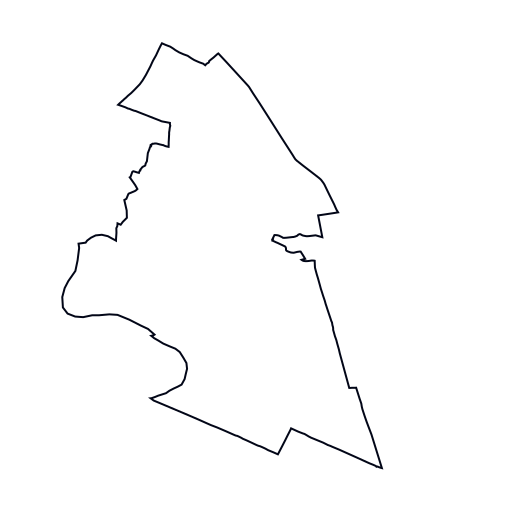 outline of Malu Mare, Dolj, Romania, rotated 15°
{"feature_id": "2599482B22057197268222", "entity_name": "Malu Mare", "entity_type": "district", "adm_level": 2, "iso_a3": "ROU", "parent_name": "Romania", "parent_adm1": "Dolj", "projection": "natural_earth1", "projection_center": [23.851, 44.259], "detail": "fine", "context": "isolated", "style": "outline", "palette": "ink", "viewbox_px": 512, "rotation_deg": 15, "n_neighbors": 0, "source": "geoboundaries", "source_scale": "gbopen_adm2", "svg_char_len": 5293}
<svg xmlns="http://www.w3.org/2000/svg" viewBox="0 0 512 512"><g transform="rotate(15 256 256)"><path d="M432.5,428.3L413.7,398.5L408.7,391.6L405.7,387.4L402.3,382.4L398.4,376.4L397.2,374.2L395.9,371.3L393.0,367.0L386.8,357.3L386.0,357.6L383.0,358.4L381.6,358.9L380.2,359.3L362.1,328.3L360.2,324.7L358.7,322.2L357.2,319.7L355.4,316.5L353.9,314.3L353.1,313.2L352.1,311.5L350.5,308.8L349.6,307.3L349.5,306.8L349.2,305.8L348.8,304.8L347.7,303.0L346.6,300.5L346.5,300.4L345.7,299.5L344.2,297.2L338.7,288.9L336.9,286.1L335.7,284.3L334.0,281.4L331.0,276.9L329.1,273.9L327.2,271.0L325.0,267.2L321.7,261.6L319.5,258.1L317.4,254.5L316.0,252.0L315.3,249.9L313.9,245.4L313.5,245.4L312.4,245.6L310.8,246.0L308.4,247.1L306.2,247.9L304.9,248.2L303.6,248.4L303.2,248.4L302.7,248.4L302.2,248.3L301.5,248.1L301.0,247.9L304.2,246.0L301.6,243.5L298.0,240.2L297.3,240.3L294.9,241.3L291.6,243.1L290.1,243.4L288.5,243.6L287.6,243.5L286.1,243.4L284.8,243.2L284.2,243.0L283.8,242.8L283.5,242.5L283.3,242.0L283.1,241.2L282.7,240.3L282.2,239.7L281.7,239.3L278.6,238.7L275.2,238.1L273.7,237.8L272.9,237.7L271.4,237.5L269.9,237.2L268.7,237.0L267.8,236.9L268.0,235.6L267.5,235.6L268.4,231.0L270.1,230.6L271.5,230.4L272.9,230.4L274.5,230.7L276.4,231.1L277.2,231.4L278.2,231.3L280.6,230.5L286.2,228.3L287.4,227.9L289.1,226.9L290.6,225.7L291.3,224.5L292.0,223.9L292.7,223.5L293.6,223.5L294.1,223.7L294.8,223.9L295.5,224.0L296.2,224.1L299.0,223.9L299.7,223.8L301.7,223.2L307.7,220.8L308.3,220.6L309.5,220.6L314.2,220.7L315.2,220.7L305.5,200.7L309.5,199.0L320.7,194.1L324.0,192.6L323.6,192.2L321.9,190.6L319.9,188.2L318.1,185.9L311.2,178.1L307.9,174.3L303.6,169.3L302.1,167.9L299.3,165.7L298.3,165.1L296.2,164.1L287.4,160.4L278.0,156.5L270.8,153.4L269.0,152.4L267.4,151.0L265.1,148.8L250.3,135.4L235.1,121.4L219.8,107.4L211.0,99.6L205.5,94.5L204.1,93.5L193.6,86.8L177.3,76.4L167.2,70.1L166.6,70.7L163.6,75.3L161.5,78.1L160.3,79.9L160.4,80.8L160.1,81.6L159.4,82.2L158.5,83.1L157.6,84.9L155.2,83.9L151.4,83.6L149.3,83.3L145.6,82.7L142.5,81.8L138.2,80.3L133.6,79.9L129.1,79.2L124.8,78.0L122.2,77.0L119.0,76.0L114.1,75.5L110.1,74.9L109.5,77.3L108.7,81.2L107.5,88.1L106.0,93.8L105.6,95.9L104.9,100.2L102.8,109.6L101.0,115.8L99.3,120.2L95.2,127.6L93.2,131.0L92.0,132.7L90.8,134.4L89.4,136.8L88.4,138.2L88.0,138.8L87.4,139.8L87.0,140.5L86.5,141.1L86.0,142.0L85.1,143.3L84.4,144.4L83.7,145.6L83.9,145.6L88.0,145.9L91.5,146.2L94.2,146.7L95.6,146.6L98.5,147.0L100.8,147.2L102.1,147.1L108.0,147.8L121.4,149.3L127.8,150.0L129.7,150.3L130.6,150.3L134.3,150.0L138.4,149.7L138.5,150.1L138.7,150.8L138.9,151.3L139.2,151.9L139.5,152.4L139.5,152.9L139.5,153.6L139.5,154.4L139.7,155.7L139.9,157.2L140.0,157.6L140.0,158.2L140.0,158.5L140.1,158.9L140.2,159.6L140.6,160.9L140.8,162.0L142.0,167.6L142.1,168.3L142.9,171.3L143.3,173.2L141.4,173.3L140.5,173.3L139.2,173.2L138.7,173.1L138.1,173.0L137.9,172.9L137.3,173.0L134.2,173.1L130.9,173.1L129.5,173.4L128.9,173.6L128.2,174.0L127.6,174.2L127.3,174.2L126.7,174.6L126.4,175.3L126.2,175.5L125.5,175.9L125.5,176.3L126.0,176.4L126.2,176.5L126.3,176.8L126.2,177.1L126.0,177.7L125.7,177.9L125.4,178.3L125.4,178.7L125.4,179.0L125.4,179.7L125.3,181.0L124.9,184.6L126.1,192.7L125.5,195.3L125.6,197.2L125.1,197.8L123.7,199.0L122.9,200.1L122.6,201.2L122.2,201.8L121.9,202.6L122.1,202.8L122.1,203.1L122.1,203.4L121.9,203.6L121.6,204.0L121.4,205.2L121.4,206.0L120.9,206.0L118.8,206.0L117.6,205.9L115.6,205.9L115.3,206.1L115.1,206.4L114.8,206.7L114.7,207.6L114.3,212.1L113.7,212.7L118.4,216.6L121.0,218.8L124.1,222.0L123.6,222.8L123.2,223.5L122.6,224.1L122.2,224.6L121.8,224.9L121.4,225.2L121.0,225.6L120.5,225.9L120.1,226.2L119.9,226.4L119.6,226.6L119.3,226.9L118.6,227.4L117.8,228.0L117.4,228.3L117.1,228.5L116.9,228.8L116.8,229.0L116.6,229.4L116.6,229.7L116.3,232.0L116.0,234.3L115.1,235.2L114.3,236.0L119.3,245.5L121.4,252.5L118.5,257.5L117.2,260.8L113.8,260.3L114.3,263.0L113.9,265.3L115.2,269.7L116.4,275.8L116.8,277.4L116.0,277.2L112.1,276.3L107.8,275.2L101.6,275.4L95.8,277.6L91.9,281.0L88.9,284.8L88.0,287.2L81.4,290.0L83.1,294.0L84.8,306.5L85.4,317.2L81.2,328.8L79.5,336.5L79.5,345.8L82.8,355.7L88.9,360.4L97.0,361.3L104.9,359.8L113.0,355.7L119.9,353.8L129.5,350.3L137.5,348.7L150.1,350.3L162.7,353.0L170.6,354.4L178.3,358.2L177.4,359.2L175.5,360.2L178.8,361.7L183.7,363.0L189.1,364.6L195.8,365.6L202.1,366.4L207.2,368.5L212.1,373.0L216.5,377.4L218.6,382.8L218.7,387.9L218.9,393.4L217.4,399.5L214.2,402.5L210.8,405.3L207.2,408.6L204.6,411.8L197.7,416.2L195.1,418.2L191.9,420.4L191.1,420.7L194.6,422.1L202.0,423.1L231.4,427.2L243.0,428.9L251.7,430.3L256.2,431.0L262.9,431.7L271.9,433.0L282.1,434.6L283.2,434.7L284.5,434.6L286.2,434.9L289.2,435.5L290.3,435.9L294.5,436.5L300.8,437.6L302.4,437.9L305.7,438.5L307.3,438.7L309.1,438.7L311.2,439.0L313.6,439.4L315.2,439.7L317.9,440.4L323.4,441.1L328.5,441.9L330.5,432.9L331.9,426.4L332.8,421.9L334.3,414.9L334.5,413.4L342.1,414.7L344.8,415.0L346.6,415.2L347.7,415.3L348.8,415.3L351.0,415.9L353.7,416.7L355.2,417.0L355.9,417.2L369.2,418.9L371.1,419.3L373.5,419.8L374.1,420.0L374.9,420.0L375.8,420.1L377.1,420.2L378.8,420.5L386.3,421.5L404.3,424.4L416.3,426.4L419.4,426.9L422.9,427.3L425.4,427.7L426.3,427.9L426.9,428.4L427.7,428.0L428.0,427.9L428.3,428.0L428.8,428.1L430.0,428.2L431.5,428.3L432.5,428.3Z" fill="none" stroke="#020617" stroke-width="2"/></g></svg>